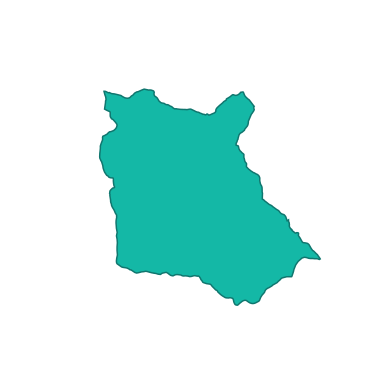 Floresta, Boyacá, Colombia (orthographic projection), rotated 320°
{"feature_id": "7082276B22631995474400", "entity_name": "Floresta", "entity_type": "district", "adm_level": 2, "iso_a3": "COL", "parent_name": "Colombia", "parent_adm1": "Boyacá", "projection": "orthographic", "projection_center": [-72.912, 5.862], "detail": "fine", "context": "isolated", "style": "filled", "palette": "teal", "viewbox_px": 384, "rotation_deg": 320, "n_neighbors": 0, "source": "geoboundaries", "source_scale": "gbopen_adm2", "svg_char_len": 6060}
<svg xmlns="http://www.w3.org/2000/svg" viewBox="0 0 384 384"><g transform="rotate(320 192 192)"><path d="M247.1,292.0L247.1,291.7L247.0,291.4L246.6,290.9L246.0,290.4L245.1,290.2L244.8,289.9L244.6,289.4L244.3,287.8L244.1,286.9L244.0,286.3L244.0,284.8L244.3,284.8L244.0,283.0L244.3,281.4L244.7,280.5L245.5,279.8L246.0,279.0L246.5,278.3L246.8,277.7L247.0,276.7L248.0,275.4L246.4,275.2L247.8,271.5L248.0,270.8L248.0,268.9L247.8,268.3L247.0,267.0L246.4,265.7L246.3,264.3L246.4,262.1L246.3,261.7L245.6,259.8L244.4,254.9L244.3,253.7L243.1,251.0L242.4,247.4L241.9,245.3L241.9,244.2L241.8,243.7L241.3,242.9L241.3,242.6L244.7,238.8L245.2,238.3L245.8,237.0L246.5,236.2L246.8,235.8L248.4,233.8L249.1,232.4L249.5,230.2L249.9,229.3L250.7,227.7L251.4,226.6L252.8,225.0L253.1,224.5L253.6,223.0L253.6,221.8L253.4,220.6L252.9,219.8L252.0,217.3L251.5,216.6L251.0,214.7L250.6,213.5L250.4,212.2L250.1,211.0L249.9,207.9L250.0,207.5L251.9,205.5L252.1,204.7L252.1,203.2L252.2,202.6L252.4,202.1L253.1,200.8L253.6,199.8L253.9,198.9L255.8,196.7L255.9,196.4L255.9,195.8L255.5,194.0L255.5,192.8L255.3,191.2L255.6,189.6L255.9,188.7L256.8,187.1L257.0,186.5L256.9,186.1L255.9,184.5L256.0,184.3L257.3,182.9L257.7,182.9L258.5,182.5L259.1,182.2L259.6,181.8L260.5,181.3L261.0,181.2L261.3,181.0L261.9,180.4L264.7,178.5L266.1,178.1L266.7,178.0L268.9,178.4L271.9,178.4L272.5,177.9L276.9,177.0L278.1,176.4L279.0,175.7L280.0,174.8L280.7,174.0L286.0,171.3L287.4,170.6L288.8,170.3L291.5,169.5L292.6,168.9L293.0,167.9L293.7,167.0L294.1,166.3L294.4,166.3L294.7,166.3L294.7,166.1L294.7,165.1L295.0,159.0L295.0,158.0L294.6,156.5L294.3,153.7L294.3,152.4L294.6,151.2L295.5,148.5L295.1,148.0L294.8,147.7L294.1,147.4L293.4,146.9L293.0,146.9L292.2,147.2L291.0,147.2L289.3,147.0L288.4,146.6L287.5,146.0L287.1,145.6L286.3,144.2L285.8,143.7L284.7,143.5L282.4,143.5L280.2,143.2L278.8,142.9L278.1,142.9L277.3,143.5L277.0,143.6L275.4,143.3L274.1,143.2L272.9,143.4L268.6,143.4L265.3,143.6L263.6,144.1L262.8,144.7L262.2,145.4L261.2,145.8L260.6,145.9L259.9,145.8L257.4,145.0L256.1,144.7L254.4,144.0L254.2,143.6L254.1,143.3L254.1,142.9L254.0,142.3L253.9,142.2L253.4,141.8L252.4,141.8L251.8,141.5L251.1,140.1L250.9,139.9L250.4,139.6L250.2,139.4L249.9,138.4L248.9,136.7L248.4,135.3L247.3,134.0L246.8,133.2L245.7,130.6L244.9,128.9L244.6,128.2L244.1,127.5L243.1,126.8L241.1,125.7L239.8,124.4L238.4,123.2L236.1,121.1L234.3,119.2L233.3,118.0L232.2,117.2L231.7,116.0L231.3,113.5L230.6,112.3L230.0,110.5L229.7,109.8L229.5,109.5L229.0,109.1L228.2,108.2L227.6,106.2L226.1,104.4L225.5,103.3L225.4,102.0L225.2,101.1L225.8,97.7L225.6,96.2L225.2,94.9L225.1,94.4L225.3,93.6L225.5,93.1L226.1,92.2L227.1,91.4L227.5,90.3L227.4,89.8L227.3,89.4L226.1,87.5L225.0,86.5L224.5,86.3L221.7,82.7L221.4,82.4L218.4,81.4L217.4,81.2L216.7,80.9L215.3,80.6L214.2,79.9L213.3,79.7L212.4,79.5L211.5,79.4L208.9,79.8L207.3,79.5L205.4,79.7L204.5,79.6L203.5,79.1L202.8,78.7L201.9,77.7L201.2,76.8L200.8,76.0L200.0,73.9L199.6,72.4L197.2,69.1L195.7,67.1L193.8,65.1L193.3,64.3L192.7,62.8L192.0,62.4L191.6,62.0L190.5,59.5L190.0,58.8L189.3,58.3L187.7,61.7L187.0,63.7L186.2,65.0L185.3,66.2L184.4,66.6L183.2,67.9L178.3,72.3L179.4,75.0L180.7,77.6L180.4,78.6L178.6,80.7L177.8,81.9L177.4,84.2L177.8,85.0L178.1,86.0L178.2,89.6L178.0,91.8L177.4,92.8L176.0,93.8L174.8,94.3L173.6,94.5L171.8,94.6L170.6,94.3L168.4,93.5L167.8,93.0L166.4,92.8L165.4,92.9L164.4,93.1L161.6,92.6L159.5,92.0L158.6,92.6L157.7,93.8L156.8,94.7L153.5,96.5L151.3,97.9L150.1,99.4L148.0,101.5L146.2,103.2L143.9,105.7L143.2,106.7L142.3,109.7L142.3,110.5L140.6,114.5L139.4,116.4L138.9,117.5L138.1,119.7L137.8,120.7L137.5,123.3L137.4,124.4L137.9,125.7L137.9,127.4L138.7,128.7L140.2,130.2L140.5,130.8L140.0,131.7L138.9,132.9L137.5,134.9L136.4,136.8L135.9,138.4L135.5,138.7L134.9,138.6L133.7,138.0L131.0,138.2L129.8,138.5L127.9,140.2L127.6,141.1L126.9,141.8L124.4,145.9L123.4,147.2L122.8,148.4L122.7,149.1L121.9,150.3L121.5,151.4L121.1,153.0L120.8,155.3L120.3,157.2L119.8,158.6L119.4,161.2L117.7,163.3L117.1,163.7L115.3,165.3L113.9,166.9L112.4,169.0L110.8,171.2L108.7,174.9L107.4,175.9L105.9,177.1L104.3,180.0L102.2,182.9L99.2,186.0L97.1,188.5L94.4,192.3L93.5,193.0L91.7,194.4L89.7,196.3L88.7,197.8L88.5,198.9L89.9,204.2L90.7,205.4L92.5,207.4L93.4,208.6L94.2,210.4L94.4,211.5L95.3,212.7L96.5,216.9L97.5,218.5L99.3,219.5L102.1,220.8L103.8,222.0L105.5,222.9L106.4,223.9L109.1,227.8L110.8,229.9L112.0,231.2L113.2,233.1L114.2,234.2L114.9,234.9L116.7,235.0L117.3,235.2L118.8,236.0L119.8,236.5L120.6,237.0L121.2,238.3L121.6,240.2L122.1,242.1L123.1,243.6L123.7,244.1L125.5,244.5L126.6,245.0L127.7,245.8L130.1,248.4L130.5,249.5L131.2,250.6L132.1,251.3L133.2,252.1L134.8,253.8L135.8,255.3L137.1,256.2L139.3,257.2L140.3,257.8L142.0,259.9L142.9,260.5L143.2,261.4L143.1,262.8L142.5,265.2L142.6,265.9L142.3,268.1L142.5,268.7L144.2,271.5L146.5,274.1L146.8,274.6L146.9,275.2L146.9,276.2L146.8,277.2L147.0,279.3L147.2,282.2L147.8,283.4L147.9,283.9L147.6,284.9L147.6,285.7L148.0,288.9L148.5,291.0L149.6,294.3L150.6,295.5L151.8,296.6L153.3,297.5L154.2,298.7L154.8,299.7L154.5,301.0L153.4,303.0L152.9,304.6L152.7,305.8L153.0,306.7L153.9,307.8L155.2,308.1L156.3,307.9L160.3,308.0L161.5,308.3L162.5,308.7L163.3,309.3L163.8,309.9L164.2,311.2L164.5,312.5L165.1,314.2L166.0,315.6L166.6,316.3L167.7,317.1L168.8,317.6L169.8,317.9L173.0,318.6L174.0,318.4L177.0,316.8L179.6,316.0L181.9,315.7L183.4,315.3L184.3,314.7L185.2,314.4L186.1,314.2L187.9,314.3L189.7,314.8L192.8,315.3L194.2,315.2L198.9,316.1L200.7,315.9L202.8,315.9L204.9,315.6L206.1,315.9L210.1,317.8L212.8,320.0L213.5,320.7L214.1,320.9L217.1,319.1L219.1,317.8L220.0,317.0L224.6,314.5L228.7,313.4L233.8,313.3L236.1,314.2L237.4,315.6L238.9,317.9L239.8,318.9L241.8,320.6L243.1,322.0L244.6,323.2L245.2,323.9L245.5,324.2L245.9,325.1L246.3,325.6L247.2,325.7L247.4,324.6L247.6,321.8L247.8,320.6L247.5,319.0L247.3,316.0L247.1,315.0L246.8,314.4L246.9,313.2L247.0,311.9L247.8,307.5L247.7,306.7L247.5,305.7L246.4,304.2L244.6,302.2L244.4,301.6L244.4,300.8L245.3,296.1L245.3,295.2L245.5,293.8L245.7,293.5L246.8,292.5L247.1,292.0Z" fill="#14b8a6" stroke="#0f766e" stroke-width="1.5"/></g></svg>